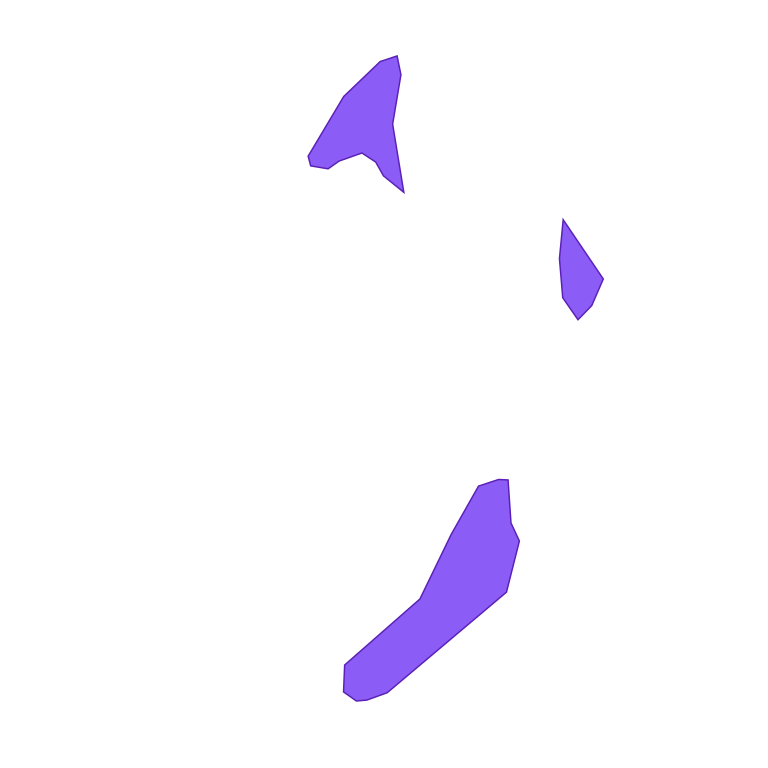 the border of Comoros, rotated 226°
{"feature_id": "COM", "entity_name": "Comoros", "entity_type": "country or territory", "adm_level": 0, "iso_a3": "COM", "parent_name": "Africa", "parent_adm1": "", "projection": "equal_earth", "projection_center": [43.859, -11.868], "detail": "fine", "context": "isolated", "style": "filled", "palette": "violet", "viewbox_px": 768, "rotation_deg": 226, "n_neighbors": 0, "source": "natural_earth", "source_scale": "50m", "svg_char_len": 593}
<svg xmlns="http://www.w3.org/2000/svg" viewBox="0 0 768 768"><g transform="rotate(226 384 384)"><path d="M235.7,400.1L228.8,406.6L195.8,378.8L177.0,372.3L149.2,327.5L159.7,171.9L168.6,152.0L175.2,143.9L190.6,141.0L209.2,160.5L204.4,260.5L229.1,327.8L244.9,381.1L235.7,400.1ZM600.6,487.7L618.8,554.8L618.6,605.3L610.9,621.3L594.7,611.0L564.9,570.7L508.1,531.4L534.1,528.2L549.4,532.2L565.5,528.6L575.6,506.5L577.6,493.3L591.8,482.8L600.6,487.7ZM352.3,597.3L377.7,627.0L307.2,614.7L296.1,587.9L295.5,568.2L321.9,572.5L352.3,597.3Z" fill="#8b5cf6" stroke="#5b21b6" stroke-width="1.5"/></g></svg>